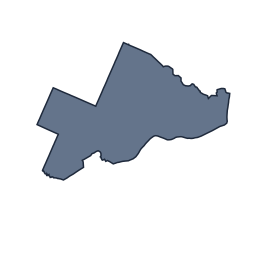 Tomes pag., Keguma, Latvia (Albers equal-area conic projection), rotated 118°
{"feature_id": "27541924B49923390023090", "entity_name": "Tomes pag.", "entity_type": "district", "adm_level": 2, "iso_a3": "LVA", "parent_name": "Latvia", "parent_adm1": "Keguma", "projection": "albers", "projection_center": [24.641, 56.746], "detail": "fine", "context": "isolated", "style": "filled", "palette": "slate", "viewbox_px": 256, "rotation_deg": 118, "n_neighbors": 0, "source": "geoboundaries", "source_scale": "gbopen_adm2", "svg_char_len": 4725}
<svg xmlns="http://www.w3.org/2000/svg" viewBox="0 0 256 256"><g transform="rotate(118 128 128)"><path d="M110.3,75.7L109.6,72.2L109.1,70.4L108.3,69.2L107.8,67.8L107.1,66.5L106.2,65.3L105.2,64.3L103.7,62.2L100.8,59.6L95.5,55.8L90.7,52.3L83.5,47.6L80.1,44.3L77.4,43.1L75.3,43.6L74.6,44.2L71.9,45.8L69.6,46.9L65.8,48.6L63.0,49.5L60.3,50.5L58.5,51.1L57.1,51.7L56.0,52.2L53.9,52.8L52.8,53.1L52.2,53.4L49.7,54.4L50.2,56.0L50.2,56.3L50.4,56.4L50.5,56.6L50.6,57.0L50.6,57.3L50.4,58.4L49.5,59.3L49.3,59.4L49.2,59.5L47.9,61.0L48.3,62.0L48.3,62.3L48.7,63.0L49.3,64.2L50.5,65.4L51.6,66.5L52.2,67.2L52.5,67.3L53.6,66.7L54.4,66.1L55.6,66.5L57.0,65.3L57.7,64.5L60.0,69.4L60.1,69.6L64.2,70.9L64.0,71.1L62.2,72.8L62.3,74.2L62.5,75.5L62.7,76.6L62.8,77.3L62.7,78.5L62.7,79.3L62.6,80.9L61.8,81.4L61.5,81.9L61.7,82.4L61.3,83.1L60.8,84.0L60.7,84.4L60.6,84.6L60.5,84.8L60.4,85.1L60.3,85.4L60.1,85.7L59.8,86.0L59.7,86.7L60.1,87.7L58.6,90.5L58.9,92.1L60.9,92.8L61.3,92.8L62.3,94.1L62.6,94.4L63.7,97.1L63.8,99.5L61.7,103.2L58.9,104.7L58.1,108.2L59.8,111.2L59.3,113.6L55.5,115.8L55.2,116.0L54.9,116.9L54.9,117.4L54.8,118.1L54.7,118.7L54.7,119.0L54.5,120.5L54.5,120.9L54.5,121.1L54.5,121.3L54.7,121.8L54.7,122.0L55.0,122.5L55.5,123.6L55.8,124.0L56.0,124.2L56.1,124.4L56.3,124.6L56.6,124.8L56.8,125.1L57.1,125.3L57.4,125.6L57.0,126.4L56.7,127.2L56.0,129.6L55.4,131.9L54.7,134.3L54.0,136.7L53.4,139.0L52.7,141.3L52.5,142.2L52.2,143.0L52.3,142.9L52.5,143.0L52.6,144.0L52.6,144.3L52.8,146.7L53.1,151.1L53.2,153.6L53.6,158.5L53.9,161.9L54.0,162.9L54.1,163.8L54.2,164.9L54.2,166.0L54.3,166.1L54.3,166.3L54.2,166.4L54.3,166.4L54.3,166.6L54.3,166.9L54.5,169.5L54.7,172.1L57.4,171.9L60.1,171.7L62.8,171.5L65.5,171.3L68.2,171.0L70.9,170.8L72.3,170.7L73.7,170.6L74.2,170.6L74.7,170.6L77.4,170.3L80.1,170.1L82.8,169.9L85.5,169.7L88.2,169.5L90.9,169.3L93.6,169.1L96.3,168.8L99.0,168.6L101.7,168.4L104.1,168.3L106.5,168.1L106.8,168.1L107.1,168.0L109.8,167.8L112.5,167.6L115.2,167.4L117.9,167.2L120.6,167.0L123.3,166.8L123.9,166.7L124.3,172.0L124.8,178.2L125.2,183.6L125.6,188.9L126.1,194.3L126.1,195.1L126.6,200.3L127.0,205.2L127.3,210.0L127.6,212.9L133.7,212.5L139.8,212.0L145.1,211.6L151.1,211.2L154.7,210.9L156.3,210.8L161.9,210.3L162.1,210.3L162.3,210.3L162.9,210.3L167.7,209.9L167.0,198.3L166.2,186.6L166.7,186.5L167.8,186.5L169.2,186.4L172.5,186.1L173.2,186.1L175.8,185.9L177.4,185.7L178.4,185.7L178.6,185.7L183.2,185.3L186.9,185.0L189.1,184.8L194.9,184.4L197.3,184.2L200.7,184.0L205.3,183.6L205.5,183.6L205.9,183.4L206.0,183.2L205.9,182.9L205.9,182.7L205.6,182.4L205.9,182.1L206.0,182.0L206.0,181.6L206.2,181.2L206.7,180.9L206.7,180.7L206.8,180.6L206.9,180.4L207.1,180.1L207.2,179.9L207.3,179.7L207.2,179.6L207.1,179.2L207.1,178.9L207.2,178.5L207.4,178.3L207.5,178.0L207.8,177.8L207.9,177.6L208.0,177.5L207.9,177.4L207.6,177.3L207.3,177.5L207.1,177.5L206.9,177.6L207.1,177.3L207.1,177.2L207.1,176.7L207.0,176.3L207.2,176.2L206.9,176.0L206.3,176.1L206.2,176.0L206.7,175.8L206.8,175.8L207.0,175.6L207.1,175.4L207.2,175.1L207.3,174.9L207.4,174.4L207.9,173.8L208.2,173.5L208.0,173.2L207.8,173.1L207.6,173.0L207.5,172.9L207.5,172.7L207.4,172.7L207.2,172.7L207.0,172.4L206.8,172.1L206.8,171.9L206.6,171.8L206.6,171.5L206.6,171.2L206.6,170.9L206.8,170.6L206.8,170.4L206.7,170.3L206.7,170.1L206.8,169.9L206.6,169.7L206.4,169.4L206.2,168.9L206.0,168.3L205.7,167.8L205.7,167.1L205.6,166.8L205.6,166.2L205.5,165.9L205.3,165.8L205.1,165.5L205.1,165.3L205.1,165.1L205.0,164.7L204.9,164.3L204.7,164.0L204.2,160.6L200.6,158.3L198.3,157.2L197.3,156.6L194.5,154.8L191.2,153.1L187.9,151.3L186.2,150.3L183.6,148.8L179.3,151.5L179.0,151.7L178.9,151.8L178.4,152.5L178.0,153.2L177.4,152.8L176.8,152.4L176.1,151.9L173.7,150.4L172.9,149.9L169.9,148.0L167.8,147.8L167.5,147.7L165.9,146.2L164.7,145.6L163.6,145.0L163.3,144.7L162.1,143.7L162.1,142.8L162.2,141.3L162.5,140.8L163.1,140.0L165.1,138.8L166.5,138.9L166.6,138.3L166.6,138.1L166.7,137.9L167.3,137.5L167.9,136.6L168.4,135.9L168.3,135.3L167.9,135.0L167.4,134.6L166.6,134.0L167.2,133.1L167.9,132.0L167.5,131.7L167.1,131.4L166.6,131.0L166.4,130.9L166.3,128.5L166.3,128.2L166.6,124.2L165.9,123.5L165.1,122.7L164.1,121.8L163.5,121.3L162.6,120.0L161.1,118.4L159.9,117.0L158.8,115.4L156.7,112.2L155.6,111.4L154.2,110.2L153.3,109.5L152.6,108.9L151.6,108.5L149.7,107.6L147.8,107.3L146.0,107.0L144.0,106.9L142.2,106.9L140.1,106.7L137.6,106.0L136.0,105.5L133.9,105.2L132.3,104.8L130.2,104.2L129.2,103.9L127.8,103.6L126.3,103.0L126.2,103.0L125.6,102.7L125.0,102.4L123.8,101.8L122.6,101.0L121.8,100.0L121.7,99.8L121.1,98.0L120.8,95.3L120.3,91.9L120.1,89.5L120.0,87.8L119.5,86.8L118.7,85.5L117.8,84.3L115.6,82.5L113.9,81.5L112.9,80.4L112.1,79.2L111.3,78.0L110.7,77.0L110.3,75.7Z" fill="#64748b" stroke="#1e293b" stroke-width="1.5"/></g></svg>